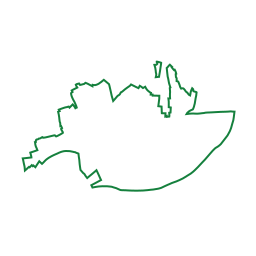 outline of Hung Yen, Hưng Yên, Vietnam, rotated 265°
{"feature_id": "81297802B83594447255", "entity_name": "Hung Yen", "entity_type": "district", "adm_level": 2, "iso_a3": "VNM", "parent_name": "Vietnam", "parent_adm1": "Hưng Yên", "projection": "orthographic", "projection_center": [106.072, 20.66], "detail": "fine", "context": "isolated", "style": "outline", "palette": "green", "viewbox_px": 256, "rotation_deg": 265, "n_neighbors": 0, "source": "geoboundaries", "source_scale": "gbopen_adm2", "svg_char_len": 5723}
<svg xmlns="http://www.w3.org/2000/svg" viewBox="0 0 256 256"><g transform="rotate(265 128 128)"><path d="M92.8,205.0L95.9,208.2L98.1,210.5L100.1,212.9L100.6,213.7L101.0,214.5L101.5,215.6L102.6,217.4L103.8,219.0L106.7,221.7L109.4,224.2L111.9,226.5L116.0,229.2L119.0,230.7L123.3,232.3L126.6,233.6L129.4,234.3L135.0,235.5L135.2,233.8L135.6,231.8L135.6,229.3L135.7,226.7L136.0,221.7L136.3,212.5L136.5,207.9L136.5,206.3L136.3,205.0L136.3,203.5L136.2,200.8L136.2,198.7L136.3,197.4L136.7,194.5L136.9,191.8L136.9,190.6L136.8,187.6L137.5,188.1L137.8,188.3L138.1,188.6L138.8,189.6L139.4,190.4L139.9,191.5L140.2,192.2L140.6,193.4L140.9,194.2L141.7,194.7L143.6,195.6L145.1,196.1L146.4,196.6L151.9,198.0L154.5,198.8L156.6,199.2L157.2,199.4L157.6,199.4L157.8,199.2L158.9,196.5L159.2,196.3L159.6,196.3L160.5,196.3L160.9,196.3L161.2,196.1L162.0,195.4L160.8,194.7L159.6,194.1L158.1,193.5L156.3,193.1L155.1,192.7L155.5,192.2L155.4,192.1L155.5,191.9L156.2,191.3L157.6,190.4L158.1,190.2L158.4,189.7L158.6,189.5L158.9,189.2L159.2,188.9L159.4,188.8L159.8,188.5L160.8,188.0L161.9,187.2L162.3,186.9L162.5,186.6L162.7,186.3L162.8,185.5L162.8,185.0L162.6,184.4L163.5,183.9L164.5,183.5L166.5,183.1L169.2,182.3L169.9,182.0L170.5,180.5L172.0,180.7L173.4,180.8L174.5,180.2L177.5,180.2L177.8,180.8L179.9,180.4L181.6,179.8L182.0,179.6L181.8,179.2L181.7,178.9L182.9,178.0L184.6,176.9L184.8,176.8L185.1,177.2L187.4,175.2L186.7,174.3L185.3,172.9L184.4,171.8L179.2,171.9L175.9,172.0L175.1,172.1L174.1,172.3L172.0,172.5L169.8,172.7L169.0,172.8L167.6,173.1L165.8,173.5L164.7,173.8L164.2,173.1L162.8,173.1L161.1,173.1L159.7,173.0L158.7,172.8L156.5,172.6L155.0,172.5L153.8,172.5L153.8,171.4L153.9,170.8L150.9,170.9L148.3,170.7L145.2,170.4L144.7,172.4L139.7,171.7L139.6,170.4L136.7,170.3L135.8,170.1L135.8,168.9L135.7,167.7L136.1,167.6L136.3,167.6L136.6,167.6L136.1,166.2L136.6,166.2L137.4,166.3L138.2,166.5L139.4,166.6L139.7,163.5L139.8,163.0L140.3,163.0L146.4,163.3L147.1,160.1L152.2,161.2L154.4,161.7L157.4,162.0L157.9,157.5L158.1,155.9L158.1,155.4L159.2,155.4L159.3,153.5L160.7,153.8L161.0,153.9L161.1,153.6L162.8,151.7L164.0,150.6L165.2,149.8L166.7,149.1L167.6,148.7L166.5,146.4L167.9,144.9L169.0,143.4L166.8,141.9L168.2,139.5L171.1,134.8L169.9,133.6L168.3,130.8L166.9,128.5L166.2,127.5L165.0,125.8L164.5,125.0L164.4,124.8L164.2,124.3L164.2,124.1L163.9,123.8L163.2,123.4L162.2,122.7L162.0,122.4L161.8,122.1L161.5,121.7L161.2,121.0L161.1,120.8L160.9,120.5L160.5,120.0L159.4,118.9L158.4,117.9L156.2,115.6L161.3,114.6L165.9,114.0L171.6,113.2L173.3,112.9L178.1,108.1L177.5,107.2L176.3,105.5L175.4,103.9L174.6,102.6L174.3,101.8L174.1,101.2L173.8,100.3L173.7,99.6L173.6,99.0L173.7,98.0L173.9,97.0L174.1,96.5L173.6,96.3L172.7,96.2L173.9,94.3L175.6,91.7L176.3,90.4L176.7,89.6L176.4,89.2L176.3,88.9L176.0,88.6L175.8,88.3L175.7,88.0L175.5,86.7L175.2,85.1L175.1,84.3L175.1,83.9L175.3,83.7L176.5,83.3L176.6,83.2L176.4,81.9L176.2,80.8L175.7,79.8L174.8,80.0L172.7,81.0L172.2,79.7L171.6,78.2L171.0,76.7L170.3,75.2L168.7,75.9L168.4,75.4L168.1,74.8L167.9,74.5L167.5,74.3L167.0,74.3L165.9,74.4L164.4,74.7L162.5,75.3L161.7,75.6L160.5,76.1L158.7,76.9L156.4,77.7L153.9,78.5L153.0,78.5L152.8,78.6L152.7,78.3L152.4,77.5L152.3,77.3L153.7,76.7L155.7,75.4L156.3,75.0L155.9,74.5L153.4,71.5L154.5,70.8L154.5,70.5L154.2,69.3L154.0,67.5L153.8,66.4L153.5,65.2L153.0,63.2L152.3,60.7L150.8,61.4L150.3,59.8L147.5,60.2L144.3,60.4L143.0,60.4L140.3,60.5L138.9,60.9L135.7,60.8L135.8,61.5L133.6,62.3L133.1,61.6L132.9,61.3L132.4,61.4L132.0,61.5L130.8,62.1L129.5,62.7L129.1,62.7L128.9,62.7L128.7,62.5L127.5,60.0L126.3,57.1L126.0,56.1L125.9,55.8L125.9,55.6L126.6,54.9L127.0,54.6L127.1,54.2L127.1,53.8L126.7,51.1L126.2,47.8L125.8,44.9L125.7,43.3L125.7,42.5L126.1,42.2L126.3,42.1L126.4,41.8L126.2,41.5L125.9,40.7L125.6,40.3L125.3,39.4L125.2,38.8L125.2,38.4L125.2,38.1L125.0,37.9L124.8,37.7L124.7,37.5L124.5,36.7L124.5,35.9L124.2,35.5L123.9,35.3L123.5,35.1L122.0,34.9L122.0,34.1L121.3,34.2L120.2,34.2L119.1,34.3L117.5,34.6L115.9,35.2L113.8,35.8L112.9,32.3L112.0,28.5L108.1,29.2L107.1,29.2L107.0,26.2L106.9,22.7L106.9,20.5L104.9,20.8L102.1,21.1L99.2,21.5L98.1,21.6L96.3,21.6L95.7,21.6L94.6,21.6L95.8,23.3L96.9,24.6L97.9,26.0L97.4,26.6L99.4,28.9L98.3,29.8L98.9,30.5L97.0,32.3L100.2,34.8L102.6,36.7L99.8,39.2L100.9,40.6L101.8,41.6L103.2,43.2L103.9,44.2L104.5,45.2L105.2,46.4L106.5,49.2L107.1,50.7L107.7,52.3L108.8,55.6L109.4,57.2L109.8,58.5L110.1,59.6L110.3,60.7L110.5,62.2L110.5,62.9L110.5,64.1L110.3,65.8L110.0,68.1L109.7,69.1L109.2,70.8L108.7,72.3L108.5,73.2L107.7,74.5L107.1,75.9L106.8,76.4L103.6,76.5L100.5,76.7L96.4,76.7L94.0,76.8L90.4,77.0L88.3,78.5L86.8,79.6L86.3,80.3L86.0,80.5L85.6,80.8L84.6,81.2L83.4,81.9L81.7,83.0L83.5,85.5L84.5,87.0L86.1,89.3L88.1,92.1L88.7,92.9L85.8,94.0L83.6,94.8L80.7,95.8L78.5,96.6L74.2,86.5L71.8,87.4L72.1,90.3L72.3,93.6L72.2,97.7L71.9,100.3L71.8,101.8L71.7,102.5L71.4,104.1L71.0,106.2L70.7,107.1L70.2,108.2L69.1,111.0L68.6,111.9L68.1,112.8L67.6,113.7L67.2,114.4L66.8,115.3L66.6,116.5L66.2,119.9L65.5,124.8L64.9,130.2L64.6,134.2L64.4,138.0L64.4,142.5L64.5,145.4L64.5,146.7L64.5,147.7L64.6,149.0L64.7,150.2L64.8,151.6L64.9,152.8L65.1,154.0L65.5,155.9L66.8,159.4L68.2,163.4L68.3,163.8L69.4,167.0L70.6,171.6L71.6,174.6L72.9,178.1L74.7,181.8L75.1,182.5L77.1,186.5L78.8,189.1L80.1,190.8L83.0,194.3L86.9,198.6L89.7,201.8L92.8,205.0ZM188.6,159.8L185.6,160.4L182.6,160.6L180.8,160.6L180.3,160.7L179.6,160.8L178.9,160.8L178.4,160.8L176.2,160.1L176.3,162.8L176.3,163.4L176.9,163.5L181.8,164.8L185.6,165.7L189.3,166.6L190.1,166.7L190.6,165.6L191.4,163.3L191.6,162.6L191.6,162.4L191.3,162.3L191.1,162.4L190.7,162.6L190.3,162.7L189.7,162.8L189.4,162.8L189.2,162.6L189.0,162.4L188.6,161.8L188.5,161.5L188.6,160.8L188.6,159.8Z" fill="none" stroke="#15803d" stroke-width="2"/></g></svg>